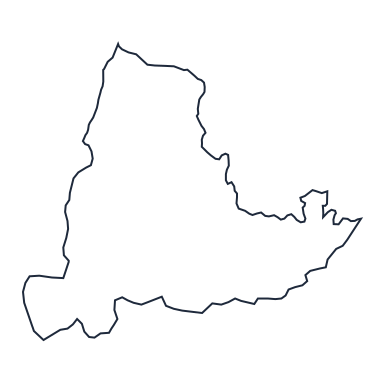 Machang, Kelantan, Malaysia (Mercator projection)
{"feature_id": "92858781B41710084977616", "entity_name": "Machang", "entity_type": "district", "adm_level": 2, "iso_a3": "MYS", "parent_name": "Malaysia", "parent_adm1": "Kelantan", "projection": "mercator", "projection_center": [102.272, 5.773], "detail": "fine", "context": "isolated", "style": "outline", "palette": "slate", "viewbox_px": 384, "rotation_deg": 0, "n_neighbors": 0, "source": "geoboundaries", "source_scale": "gbopen_adm2", "svg_char_len": 2470}
<svg xmlns="http://www.w3.org/2000/svg" viewBox="0 0 384 384"><path d="M118.1,44.0L112.6,57.6L107.7,61.8L104.1,69.0L103.2,69.9L103.3,81.6L102.6,86.3L101.1,89.7L100.4,92.7L98.4,99.8L97.9,103.2L96.9,107.9L93.2,117.5L91.5,120.2L90.0,122.4L88.8,124.9L88.1,129.8L87.1,132.8L85.4,135.2L84.4,137.7L82.9,141.1L85.1,144.1L88.5,145.3L91.5,151.4L92.7,158.6L90.9,165.2L86.1,167.6L78.3,172.4L73.5,178.4L69.9,192.8L69.3,200.0L65.7,205.4L65.1,212.0L67.5,221.0L68.1,228.9L66.3,237.9L63.3,247.5L63.9,255.3L68.7,260.7L68.7,261.9L63.3,278.1L51.9,277.5L39.3,275.7L29.6,276.3L25.4,282.9L23.0,291.9L24.2,302.8L32.4,326.7L32.7,327.4L33.9,331.0L43.5,340.0L60.3,329.8L67.5,328.6L72.9,324.4L77.1,319.0L81.9,323.8L84.3,331.6L89.1,337.0L94.5,337.6L100.5,333.4L109.0,332.8L111.4,328.6L113.8,325.0L117.4,319.0L114.4,310.0L115.0,300.3L122.2,297.3L127.6,300.3L133.6,302.8L141.4,304.6L148.0,302.1L161.8,296.7L166.0,305.8L173.8,308.8L182.2,310.6L202.1,313.0L212.3,303.4L221.3,304.6L228.5,302.1L235.1,298.5L241.1,300.9L254.3,304.0L257.9,298.5L267.6,298.5L275.4,299.1L281.4,298.5L285.6,295.5L288.6,289.5L295.2,287.1L302.4,285.3L306.5,281.7L307.2,281.1L305.4,275.1L310.2,270.9L319.8,268.5L325.8,267.3L327.6,259.5L336.2,248.9L342.7,245.8L347.3,239.7L361.0,218.7L357.5,219.4L354.8,220.9L350.9,221.1L347.7,218.9L343.0,218.4L341.0,221.1L338.6,224.3L333.7,224.1L333.4,219.6L334.6,215.2L335.9,213.2L335.1,210.8L331.4,209.8L327.8,212.2L323.1,217.2L323.3,213.5L323.1,209.0L322.8,205.8L325.3,205.8L327.0,203.9L327.3,191.3L321.8,193.1L315.9,191.1L312.5,190.1L304.9,196.0L300.4,197.7L301.2,200.9L305.1,203.1L304.6,205.8L302.7,207.6L303.6,213.7L305.4,218.6L304.4,221.6L300.7,222.3L296.7,219.9L294.3,216.9L291.3,214.2L287.4,215.4L284.4,218.6L280.8,219.6L277.6,217.2L274.1,215.2L268.9,216.4L265.2,215.9L261.1,212.5L256.9,213.5L252.5,215.0L249.3,213.7L245.1,210.8L238.7,208.6L236.5,203.4L237.0,197.2L237.0,193.5L234.7,190.8L234.2,186.4L231.5,182.2L227.8,183.9L225.9,180.3L225.9,174.1L226.9,169.7L228.8,165.7L228.6,160.3L228.1,154.9L225.4,153.7L221.7,155.4L219.2,159.3L215.5,158.8L210.9,155.4L207.2,152.2L201.8,146.8L202.0,143.3L201.8,139.7L203.0,135.7L205.5,132.8L204.0,129.1L201.5,125.9L198.3,119.5L196.8,116.0L198.3,113.8L197.8,108.9L199.3,99.5L200.8,97.1L203.2,94.1L204.5,91.9L204.7,87.0L204.0,82.6L201.3,80.1L197.8,78.9L194.4,75.7L187.4,69.7L183.9,70.1L173.9,66.3L165.4,65.9L154.7,65.5L147.4,64.7L142.0,59.7L136.2,54.3L128.5,52.4L122.0,49.3L118.9,46.3L118.1,44.0Z" fill="none" stroke="#1e293b" stroke-width="2"/></svg>